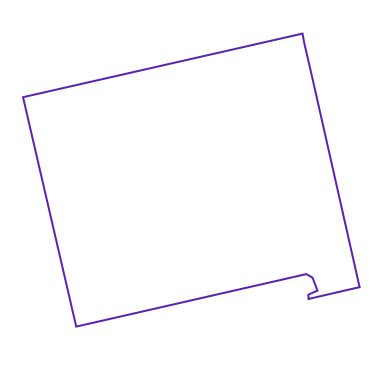 outline of Cottle, Texas, United States of America, rotated 77°
{"feature_id": "52423323B25180232244393", "entity_name": "Cottle", "entity_type": "district", "adm_level": 2, "iso_a3": "USA", "parent_name": "United States of America", "parent_adm1": "Texas", "projection": "robinson", "projection_center": [-100.209, 34.075], "detail": "fine", "context": "isolated", "style": "outline", "palette": "violet", "viewbox_px": 384, "rotation_deg": 77, "n_neighbors": 0, "source": "geoboundaries", "source_scale": "gbopen_adm2", "svg_char_len": 298}
<svg xmlns="http://www.w3.org/2000/svg" viewBox="0 0 384 384"><g transform="rotate(77 192 192)"><path d="M112.3,49.1L72.1,49.1L62.5,48.7L61.6,335.3L297.1,335.1L297.7,99.2L302.6,93.8L316.3,91.9L318.2,101.7L322.4,102.5L322.4,50.1L112.3,49.1Z" fill="none" stroke="#5b21b6" stroke-width="2"/></g></svg>